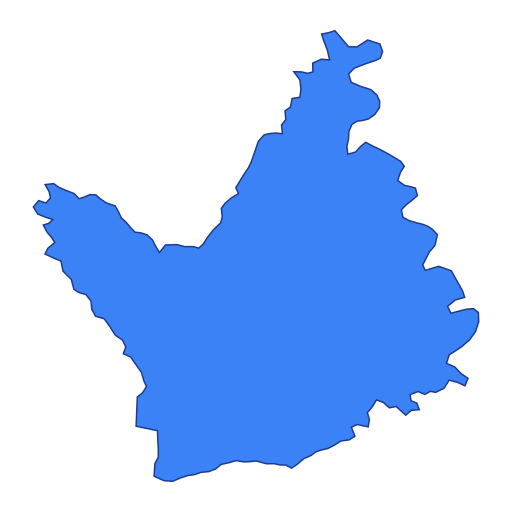 the district of Frederico Westphalen, Rio Grande do Sul, Brazil
{"feature_id": "56859067B29549257615532", "entity_name": "Frederico Westphalen", "entity_type": "district", "adm_level": 2, "iso_a3": "BRA", "parent_name": "Brazil", "parent_adm1": "Rio Grande do Sul", "projection": "natural_earth1", "projection_center": [-53.359, -27.324], "detail": "fine", "context": "isolated", "style": "filled", "palette": "blue", "viewbox_px": 512, "rotation_deg": 0, "n_neighbors": 0, "source": "geoboundaries", "source_scale": "gbopen_adm2", "svg_char_len": 2971}
<svg xmlns="http://www.w3.org/2000/svg" viewBox="0 0 512 512"><path d="M462.5,290.8L451.3,270.8L438.8,266.3L431.0,268.6L425.3,270.4L422.7,264.9L425.9,258.7L429.3,252.1L435.0,245.3L437.4,234.7L432.5,229.4L427.9,226.3L422.8,224.3L416.5,222.8L409.1,220.6L402.8,217.1L401.4,209.8L406.3,204.7L411.4,200.8L417.4,195.6L415.4,188.1L409.9,186.5L404.5,185.4L397.7,180.5L400.6,172.0L404.3,166.3L400.5,161.2L389.5,154.6L379.9,149.4L372.2,145.8L365.8,142.3L360.6,146.4L355.7,152.0L347.8,154.2L346.9,146.7L348.6,138.5L348.9,131.3L352.0,124.4L356.9,121.2L362.6,120.5L368.6,118.9L374.8,114.4L379.4,107.8L379.7,101.2L376.8,95.0L371.1,89.8L360.2,86.2L351.2,82.3L348.6,74.1L354.2,68.2L359.8,66.0L364.9,64.0L375.4,60.5L380.3,58.2L382.6,51.7L379.9,44.0L367.7,40.0L357.1,46.8L348.6,46.8L334.9,30.7L328.9,32.6L321.6,34.1L323.8,40.9L327.4,50.3L329.6,59.9L321.4,59.2L312.7,63.1L312.9,71.9L307.5,73.3L301.5,71.9L293.8,71.7L299.9,79.9L300.9,89.3L299.9,97.2L292.1,98.5L290.4,107.1L285.0,110.9L285.8,119.5L281.5,125.0L282.4,133.7L275.3,133.0L269.6,133.6L264.2,134.8L258.4,141.2L254.5,152.6L251.1,162.3L248.2,168.2L244.4,173.7L240.2,180.4L235.8,187.7L238.5,193.6L231.6,197.7L225.1,203.2L221.3,208.3L222.3,217.1L220.5,223.0L213.4,229.8L207.2,237.7L203.7,243.5L198.8,248.1L193.0,246.6L184.5,246.6L176.8,244.6L165.4,245.0L159.5,252.5L155.8,246.6L152.4,239.8L147.1,234.9L141.1,232.9L134.9,232.1L130.7,227.7L126.0,222.2L121.2,217.7L118.7,212.2L115.2,205.9L106.1,202.8L100.3,198.8L95.8,194.9L89.9,194.6L85.0,196.8L79.0,198.7L74.2,193.6L65.6,190.2L59.0,187.4L53.6,183.6L45.1,184.6L49.1,191.6L50.5,198.0L45.9,203.0L38.7,200.6L33.3,207.0L37.9,214.2L45.9,217.3L52.8,219.5L48.4,223.5L43.3,225.0L46.8,231.8L51.1,236.9L54.8,242.4L47.9,248.3L45.0,254.0L54.2,258.3L61.0,261.1L63.0,271.2L71.3,279.4L73.9,289.3L78.7,292.5L85.9,294.5L91.0,301.1L91.8,309.4L95.6,316.3L104.1,318.7L109.6,326.2L115.3,335.2L122.4,340.0L125.8,346.9L123.3,353.7L130.7,357.0L136.9,366.0L141.5,372.4L143.7,380.3L146.4,386.6L142.6,392.8L137.3,397.0L136.1,426.2L157.5,430.7L157.8,439.9L158.3,449.6L158.3,457.1L154.9,463.7L154.1,476.2L163.7,480.6L172.6,481.3L180.8,477.8L188.0,475.5L194.1,474.7L201.2,472.3L208.8,471.6L215.7,468.9L221.1,464.4L228.5,462.8L236.2,460.6L244.0,461.9L249.6,461.7L256.2,461.0L266.2,463.7L274.1,463.7L280.4,465.0L285.7,465.0L291.5,468.1L297.0,464.5L303.9,458.6L311.0,455.5L316.1,451.7L321.8,449.9L327.8,448.5L334.0,445.4L340.9,441.0L349.1,439.9L354.9,436.2L351.4,427.2L357.2,424.5L368.2,426.9L369.4,419.3L367.3,412.7L372.2,406.9L376.5,399.9L383.4,402.5L389.3,407.8L396.2,406.5L405.7,415.2L411.3,410.3L419.3,409.7L416.8,403.1L411.0,400.7L410.1,394.6L418.1,391.5L424.8,394.4L430.5,391.3L435.6,392.4L444.1,388.2L449.2,380.1L457.8,382.5L465.0,385.8L468.0,378.3L461.2,373.7L454.7,366.9L446.5,363.4L449.2,354.8L454.5,351.5L461.8,346.6L469.8,339.6L475.6,331.4L478.7,321.8L478.4,312.5L473.3,308.6L466.0,309.3L450.9,313.2L447.6,306.3L455.3,300.0L464.7,297.3L462.5,290.8Z" fill="#3b82f6" stroke="#1e3a8a" stroke-width="1.5"/></svg>